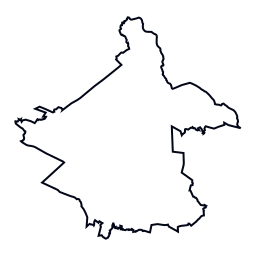 Jala, Nayarit, Mexico
{"feature_id": "50627088B47723743355914", "entity_name": "Jala", "entity_type": "district", "adm_level": 2, "iso_a3": "MEX", "parent_name": "Mexico", "parent_adm1": "Nayarit", "projection": "mercator", "projection_center": [-104.394, 21.203], "detail": "fine", "context": "isolated", "style": "outline", "palette": "ink", "viewbox_px": 256, "rotation_deg": 0, "n_neighbors": 0, "source": "geoboundaries", "source_scale": "gbopen_adm2", "svg_char_len": 5840}
<svg xmlns="http://www.w3.org/2000/svg" viewBox="0 0 256 256"><path d="M108.1,237.5L108.2,237.1L108.6,236.2L108.9,236.1L109.3,234.9L109.2,234.1L109.2,233.3L110.0,233.3L110.2,230.9L109.8,230.6L110.1,230.2L111.0,229.6L112.6,227.7L112.6,227.4L112.4,227.3L112.3,225.8L112.6,224.7L113.2,223.4L113.5,223.5L114.1,225.2L114.2,226.8L114.6,227.1L115.7,226.9L115.4,228.1L116.3,228.1L117.8,228.7L118.1,227.7L118.6,228.0L118.8,228.0L118.9,228.3L119.6,228.1L120.6,228.4L120.7,228.2L119.8,227.9L120.8,228.1L119.9,227.8L120.3,227.1L120.3,225.7L121.8,226.2L121.5,227.3L121.7,227.8L121.1,229.3L121.3,229.3L121.8,227.9L122.1,228.5L122.5,228.8L122.2,229.5L122.4,229.6L122.6,228.9L122.8,229.0L122.6,229.6L125.1,230.1L125.5,230.1L126.7,229.4L127.6,229.5L128.6,230.1L129.7,229.9L129.6,229.5L131.1,229.9L131.4,229.6L131.5,229.2L131.8,228.9L133.3,230.0L132.8,230.6L133.5,231.4L133.4,231.9L134.7,231.6L135.6,231.8L135.8,231.1L137.2,230.9L139.0,229.8L140.7,229.8L141.8,229.9L142.7,231.0L143.1,231.1L143.8,230.9L143.9,230.7L146.9,231.5L147.5,231.8L150.0,232.4L151.5,225.0L157.5,224.1L164.3,225.1L167.4,224.9L167.9,224.6L168.9,226.6L175.4,230.2L176.3,230.5L176.6,230.9L178.0,231.7L177.8,227.0L179.0,226.4L181.5,225.8L187.1,225.2L188.1,224.8L188.4,223.6L189.1,223.6L189.4,224.0L190.1,224.3L190.5,225.0L191.2,225.7L196.2,221.6L197.8,219.8L199.3,218.6L201.2,216.3L203.3,215.4L203.9,215.4L203.9,214.4L203.6,211.3L203.9,210.8L203.6,210.5L203.6,209.9L203.2,208.9L204.1,208.1L205.8,207.4L205.7,206.3L206.2,205.9L204.8,205.1L204.8,205.7L200.7,204.9L198.1,201.5L197.5,200.9L197.4,199.7L196.1,197.9L195.1,197.7L194.3,196.8L193.2,196.7L190.6,190.9L190.1,190.6L190.0,190.1L189.6,190.2L190.6,186.1L191.0,185.3L192.5,185.1L192.8,183.2L192.2,182.7L192.3,180.2L181.7,172.6L183.6,165.1L183.8,162.9L183.5,153.0L172.8,151.7L171.8,126.4L180.5,131.2L181.8,135.2L182.1,134.7L182.5,134.5L182.8,134.2L182.9,133.8L184.2,133.1L184.9,132.3L185.0,129.6L185.3,129.1L185.9,129.2L186.6,129.1L188.2,129.6L190.5,127.9L191.5,127.6L192.0,127.9L192.6,127.1L193.2,127.7L193.6,128.3L194.7,128.1L196.1,129.8L197.6,130.4L198.7,129.9L199.0,130.0L198.0,128.3L200.1,127.3L201.8,129.4L202.9,132.5L202.6,133.2L203.5,133.6L203.5,133.8L204.1,133.4L204.1,133.0L204.3,132.7L204.1,132.6L203.8,131.3L204.2,130.7L204.9,130.2L204.4,128.8L205.3,126.6L205.7,126.3L210.5,127.7L214.1,128.6L218.2,126.9L224.3,124.9L224.2,122.7L228.5,125.1L239.9,128.0L240.6,128.3L239.9,127.6L239.5,127.5L238.6,126.8L237.8,125.9L237.4,125.0L237.2,124.4L237.4,123.1L238.0,121.7L237.7,119.4L237.1,118.6L237.0,117.8L237.3,117.3L237.1,115.7L235.4,112.2L233.6,110.2L229.2,108.1L227.9,107.2L226.5,105.8L225.2,105.1L223.7,103.7L223.4,103.6L222.1,104.0L221.7,104.9L221.1,105.4L220.1,105.2L218.8,104.7L216.1,104.5L214.9,104.0L214.9,103.2L214.4,101.5L213.7,100.0L212.1,98.4L209.1,94.8L205.8,91.7L204.4,91.3L203.6,90.5L201.2,89.2L199.9,88.0L196.3,85.7L192.4,83.8L189.9,82.8L182.0,85.0L173.5,88.6L172.6,88.8L171.9,88.3L171.0,85.0L170.6,84.4L170.0,83.7L168.4,83.1L167.4,82.3L167.0,81.0L166.2,80.0L166.3,79.4L166.0,78.7L165.0,77.8L163.9,75.8L162.8,74.8L162.7,74.2L163.0,73.7L163.1,71.9L162.5,71.1L162.5,70.4L161.2,67.5L161.2,66.5L162.2,65.6L162.6,65.6L162.9,65.7L163.4,65.2L163.4,64.5L162.5,62.6L162.3,61.5L163.0,60.5L163.1,59.7L163.6,58.9L163.2,57.2L163.3,56.6L162.4,54.5L161.5,53.4L160.3,50.4L160.5,49.4L160.2,48.4L158.4,46.8L157.4,45.6L156.9,44.3L156.6,42.5L156.7,38.7L156.9,37.0L156.6,35.6L156.3,34.9L155.6,34.4L154.5,34.0L152.6,32.8L151.8,32.2L151.6,31.9L147.3,31.8L145.4,31.4L144.6,30.8L143.4,29.4L142.9,27.7L142.8,26.1L143.1,23.8L142.4,22.8L142.0,20.4L141.4,19.3L140.5,18.3L138.7,17.6L136.9,18.3L131.9,19.6L130.6,19.5L130.1,19.1L129.6,18.3L128.8,17.5L127.9,17.4L127.9,17.7L127.0,18.5L127.2,18.8L127.1,19.0L127.1,19.4L126.5,20.0L125.2,21.2L124.7,21.0L124.2,21.2L124.1,23.0L123.9,23.3L123.4,23.2L123.0,22.6L122.3,22.5L122.2,22.8L122.3,23.8L122.0,24.0L122.0,25.1L121.2,25.1L120.8,25.5L120.5,26.5L120.4,27.4L120.6,27.9L121.1,28.6L121.0,28.9L119.5,30.2L119.4,30.6L120.4,33.2L120.7,33.9L121.1,34.3L121.2,34.7L121.6,35.0L122.6,34.8L123.4,35.9L124.3,35.9L125.0,36.4L125.5,37.1L125.8,38.1L126.7,39.8L126.7,40.3L126.4,41.0L126.4,42.1L127.5,43.3L128.0,43.0L128.3,44.5L128.0,46.2L128.8,47.2L129.2,48.9L126.6,50.1L123.1,52.8L121.4,52.5L119.7,54.0L118.2,55.7L116.3,56.5L116.7,58.7L116.1,59.5L121.4,64.9L115.7,69.6L103.5,79.4L94.7,86.0L79.9,98.3L77.0,100.2L71.4,103.3L62.5,110.1L62.7,109.6L62.3,108.9L61.8,108.8L61.4,108.0L58.4,107.2L56.2,109.3L54.4,109.5L54.0,110.5L54.3,111.8L52.8,112.4L45.5,109.1L39.6,106.7L35.3,108.8L45.7,112.6L43.1,116.7L46.0,116.8L45.7,117.4L44.6,118.9L44.2,118.8L43.2,119.3L43.0,119.1L41.8,119.5L41.7,119.7L41.2,119.6L40.9,119.8L40.5,119.8L39.8,119.5L39.1,119.5L38.9,119.7L38.5,119.6L38.2,120.0L37.4,119.3L36.2,121.2L34.7,123.1L30.9,121.2L25.7,119.7L22.8,120.3L21.6,121.8L20.9,119.8L20.7,119.7L20.8,119.3L20.0,119.9L19.8,119.6L19.6,119.7L19.3,119.3L18.8,119.1L18.9,119.4L18.7,120.3L18.4,120.5L17.6,121.6L16.4,121.5L15.8,121.2L15.4,121.3L15.5,122.7L15.7,123.2L15.9,123.3L16.0,123.8L20.5,127.4L22.5,128.5L23.9,130.2L24.2,130.8L25.3,131.3L25.4,131.7L25.2,132.9L24.7,133.1L24.3,134.2L23.9,134.4L23.4,135.1L24.1,137.9L23.9,139.5L23.0,140.1L22.8,140.6L21.0,141.2L21.9,142.1L26.2,144.8L28.0,145.5L31.5,146.0L33.2,146.4L34.9,147.0L46.2,153.4L63.1,161.6L64.1,162.5L42.1,182.6L57.7,189.9L59.8,192.0L69.7,195.8L72.0,196.6L72.5,196.6L75.0,197.6L76.7,199.2L77.5,198.9L78.9,199.2L79.4,199.7L79.8,200.9L80.9,202.2L81.6,205.2L81.4,206.3L83.6,209.1L85.6,213.0L87.3,217.3L86.6,226.6L88.3,224.9L89.8,223.9L90.9,224.5L91.2,224.4L92.3,224.6L93.6,225.2L93.8,225.5L94.1,224.9L94.2,223.4L94.2,221.9L95.1,220.2L98.5,222.8L99.4,221.3L102.4,223.1L101.4,223.9L100.4,224.9L100.5,226.0L100.9,226.6L98.6,235.8L101.6,235.2L101.9,235.3L102.5,236.5L103.4,237.2L103.8,237.3L104.1,237.7L105.6,238.6L106.0,238.6L108.1,237.5Z" fill="none" stroke="#020617" stroke-width="2"/></svg>